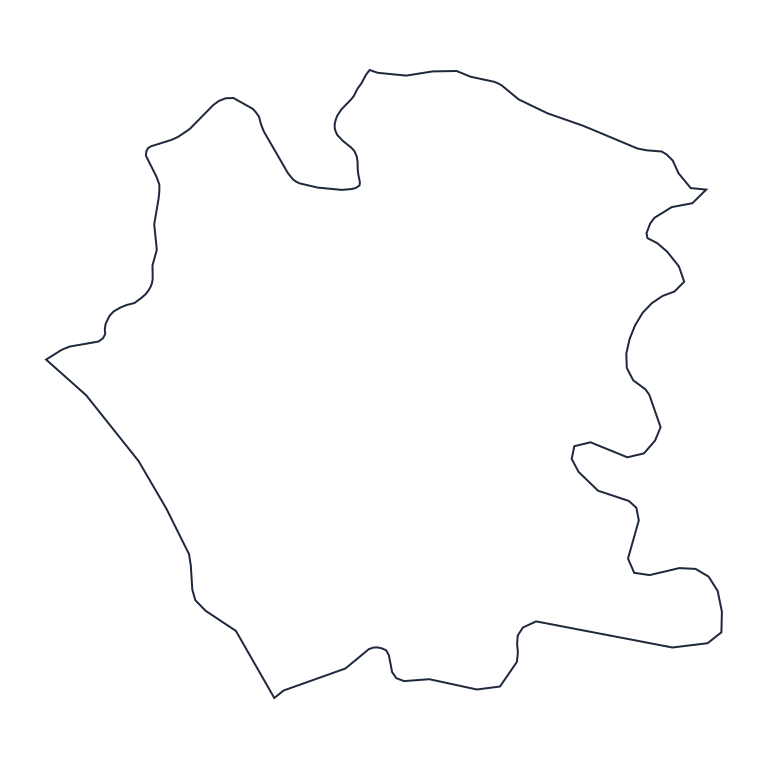 the Province of Caserta
{"feature_id": "ITA-5396", "entity_name": "Caserta", "entity_type": "Province", "adm_level": 1, "iso_a3": "ITA", "parent_name": "Italy", "parent_adm1": "", "projection": "equal_earth", "projection_center": [14.158, 41.216], "detail": "fine", "context": "isolated", "style": "outline", "palette": "slate", "viewbox_px": 768, "rotation_deg": 0, "n_neighbors": 0, "source": "natural_earth", "source_scale": "10m", "svg_char_len": 2121}
<svg xmlns="http://www.w3.org/2000/svg" viewBox="0 0 768 768"><path d="M274.3,698.0L235.9,630.9L205.7,610.9L195.3,600.2L192.3,589.5L190.8,565.6L189.0,554.1L166.5,508.9L138.6,461.1L86.2,395.3L46.1,359.6L61.5,349.9L69.4,346.6L98.6,341.5L103.0,338.2L105.2,334.1L104.8,329.2L105.6,323.9L109.5,315.8L113.8,311.3L120.5,307.5L126.7,305.0L134.5,303.0L141.5,297.8L145.8,294.0L148.6,290.3L150.6,286.8L151.9,283.3L152.7,279.1L152.5,265.3L156.8,249.8L154.2,224.3L158.7,197.9L159.4,190.2L159.3,184.5L156.6,177.0L145.9,155.7L146.3,151.5L148.0,148.1L151.2,146.2L171.4,139.9L177.7,137.1L188.6,129.8L190.3,128.4L213.2,105.1L218.9,100.9L225.6,98.3L233.4,98.0L252.9,108.9L255.8,112.2L259.0,116.6L261.0,124.3L263.9,131.6L287.9,173.1L293.0,179.4L296.0,181.6L299.7,183.4L317.8,187.6L341.6,189.9L351.1,189.1L355.5,188.1L359.5,185.5L359.9,182.4L358.3,174.3L357.7,169.2L357.6,161.9L356.7,156.3L354.3,150.9L351.1,147.5L343.1,141.1L337.4,135.1L335.7,131.7L334.7,128.0L334.7,123.8L335.7,119.9L337.1,116.0L341.2,109.6L351.5,99.0L353.8,96.0L357.4,88.9L361.7,82.9L365.9,74.9L369.6,70.0L377.7,72.8L406.2,75.6L432.7,71.4L456.6,71.0L470.8,76.8L494.2,81.8L498.4,83.5L501.8,85.5L518.8,99.5L547.7,113.4L582.9,125.7L593.8,130.2L637.4,148.5L646.5,150.3L661.7,151.5L666.8,154.6L672.7,160.5L678.6,173.4L690.8,188.1L706.2,189.6L692.4,203.2L671.7,207.1L654.3,217.9L650.1,223.7L646.5,233.3L647.5,238.2L657.2,243.1L667.1,251.6L678.9,266.4L684.2,281.7L674.5,291.5L662.7,295.9L652.0,303.0L642.7,312.7L635.1,325.3L629.7,338.7L626.3,353.5L626.8,367.9L633.2,380.3L645.4,389.3L649.3,394.8L660.6,427.2L655.0,440.7L643.9,453.4L627.3,457.3L590.5,442.3L574.3,446.2L571.7,458.9L578.5,471.8L598.0,490.7L628.9,501.0L636.4,507.8L638.8,520.4L628.0,558.6L634.2,572.8L649.6,575.1L679.2,568.1L695.5,568.9L708.6,576.6L717.7,591.0L721.9,611.8L721.4,632.3L707.6,643.2L672.4,647.5L536.1,621.4L522.9,627.5L517.7,635.6L517.1,643.9L517.9,652.5L516.9,661.9L500.0,686.5L476.9,689.5L429.3,679.2L404.1,681.1L396.4,678.2L392.1,672.1L388.9,655.3L386.2,650.4L382.0,648.4L377.6,647.4L373.1,647.6L368.8,649.2L345.4,668.5L283.6,690.5L274.3,698.0Z" fill="none" stroke="#1e293b" stroke-width="2"/></svg>